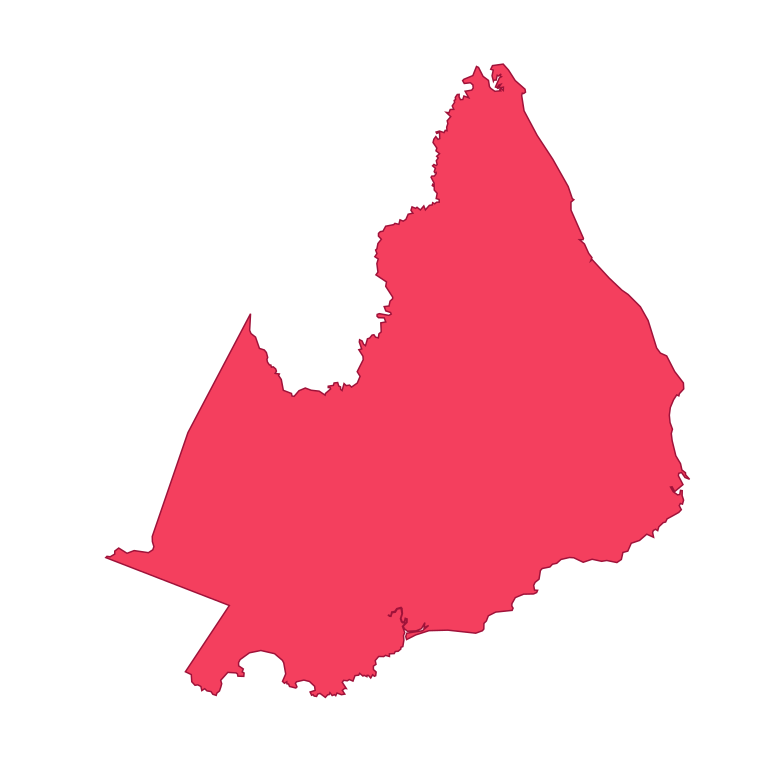 Pedasí, Los Santos, Panama (Natural Earth projection), rotated 353°
{"feature_id": "35544464B62202964850227", "entity_name": "Pedasí", "entity_type": "district", "adm_level": 2, "iso_a3": "PAN", "parent_name": "Panama", "parent_adm1": "Los Santos", "projection": "natural_earth1", "projection_center": [-80.113, 7.529], "detail": "fine", "context": "isolated", "style": "filled", "palette": "rose", "viewbox_px": 768, "rotation_deg": 353, "n_neighbors": 0, "source": "geoboundaries", "source_scale": "gbopen_adm2", "svg_char_len": 6140}
<svg xmlns="http://www.w3.org/2000/svg" viewBox="0 0 768 768"><g transform="rotate(353 384 384)"><path d="M291.0,382.1L283.3,378.0L282.6,367.0L280.4,362.7L281.3,361.3L277.3,360.2L278.8,358.1L278.3,355.8L276.2,353.5L274.3,353.5L274.0,351.4L272.6,351.1L271.0,348.0L270.8,345.3L271.8,343.5L271.1,338.4L269.3,335.6L264.7,333.5L262.2,321.8L258.1,317.7L257.2,314.3L260.1,298.0L183.5,408.3L135.4,507.1L134.9,512.2L135.8,517.4L134.3,520.4L129.6,522.7L115.7,518.9L108.3,520.7L100.7,514.5L96.4,517.0L96.0,520.0L91.2,522.1L88.0,521.3L86.7,522.4L203.5,585.0L151.8,645.4L157.3,648.9L156.9,656.1L159.7,660.0L162.5,659.9L165.4,661.9L165.8,666.1L168.9,664.6L170.9,667.0L174.8,668.2L176.3,671.1L179.5,672.6L180.4,670.5L183.3,668.6L185.1,664.9L186.4,661.7L185.8,658.2L193.8,651.2L201.9,652.7L203.2,653.8L203.4,656.2L209.2,657.1L209.9,653.8L208.2,652.5L209.6,649.7L205.4,646.0L205.7,642.8L207.6,640.0L217.7,634.4L229.3,633.5L242.5,638.3L249.5,645.9L250.5,648.6L251.1,659.8L247.0,666.8L248.7,668.9L251.2,667.7L251.1,669.7L252.7,670.2L253.4,672.7L259.4,675.0L260.7,674.0L259.6,670.2L260.9,668.9L268.4,668.1L273.8,670.2L278.3,675.6L278.3,679.7L273.1,680.7L274.2,684.1L275.8,683.7L276.6,685.2L279.0,685.9L280.4,683.7L282.8,683.3L287.6,687.9L290.2,685.6L291.7,685.6L292.7,683.8L294.6,686.9L297.0,686.3L298.1,687.5L299.7,685.0L303.9,687.2L307.3,687.0L305.3,683.0L307.9,681.3L309.5,681.7L306.2,675.0L307.8,673.2L311.4,674.1L313.5,673.1L317.0,675.1L319.7,669.9L323.4,669.9L324.6,668.2L327.5,671.3L328.7,670.7L331.4,672.4L331.8,671.1L333.1,671.4L335.0,674.2L337.3,671.2L338.8,672.9L340.2,672.5L341.1,668.9L338.7,666.1L339.1,662.7L341.9,661.3L341.6,657.4L345.5,653.8L350.5,654.5L352.4,653.5L356.2,655.1L356.5,652.5L361.3,652.8L362.6,650.9L365.5,651.0L368.4,649.1L368.7,647.4L370.7,646.9L372.5,640.7L372.7,636.1L374.3,633.2L372.8,626.8L377.3,622.9L377.8,620.5L376.8,619.8L374.8,623.4L373.2,623.2L372.3,622.0L371.7,619.0L373.8,614.3L373.6,608.7L369.7,609.0L367.4,611.9L364.1,612.0L362.6,615.5L361.2,615.2L359.7,613.7L362.6,614.9L363.9,611.2L366.9,611.1L369.3,608.5L373.7,607.8L374.5,608.9L374.3,614.2L372.3,618.6L372.9,622.2L375.1,622.7L376.5,619.1L378.3,620.0L377.8,623.4L373.5,626.8L374.4,629.4L377.2,632.3L385.9,632.9L391.4,631.4L395.5,625.8L394.1,630.7L398.9,629.1L392.0,633.6L376.3,634.1L374.8,637.3L375.3,640.4L385.0,636.9L398.6,634.3L417.4,636.1L444.7,642.5L451.6,640.9L453.2,639.4L454.0,633.8L456.7,631.7L459.3,626.8L467.1,624.0L483.6,624.3L484.8,622.2L483.8,620.0L484.2,617.6L488.3,612.0L496.9,609.6L506.9,610.6L510.1,609.6L511.3,607.5L508.3,606.9L508.0,602.1L509.8,599.3L514.1,596.6L516.5,588.2L518.6,586.4L526.4,585.8L529.2,583.4L533.6,583.0L538.3,579.7L546.9,578.8L551.2,579.6L560.0,585.2L569.2,583.3L578.4,586.5L583.6,586.3L593.4,589.6L598.2,587.1L600.6,580.3L605.6,579.6L610.0,572.2L618.6,570.4L626.5,565.1L632.9,569.0L632.5,564.1L633.5,562.2L635.8,561.3L637.8,562.9L639.4,559.2L644.3,555.6L646.7,555.3L648.5,552.4L660.9,547.4L663.8,545.0L662.2,540.7L663.6,538.7L665.6,539.6L667.2,535.8L666.3,531.0L667.0,526.2L665.3,525.7L664.1,529.7L661.9,529.8L657.9,526.1L655.8,521.2L657.4,521.1L659.4,526.2L668.5,520.3L665.0,511.0L665.6,508.6L668.5,508.1L671.4,513.5L675.7,515.8L672.3,510.9L672.4,508.8L669.2,505.6L668.6,499.2L664.9,490.8L663.1,475.4L663.1,468.2L664.8,464.0L663.2,457.1L663.4,449.7L665.3,442.3L669.5,434.9L673.2,430.5L675.2,431.7L676.0,429.6L680.9,425.4L681.3,419.4L674.0,407.0L668.0,390.6L662.1,387.0L659.0,381.5L653.9,353.2L647.9,338.6L637.3,325.0L631.6,319.9L620.4,306.3L605.8,286.0L604.2,287.0L605.8,283.9L603.1,279.3L600.0,269.4L595.6,264.6L599.1,265.0L599.7,263.8L590.8,234.2L591.7,226.3L594.9,224.2L593.5,223.0L590.9,210.5L578.9,181.4L566.3,155.9L556.3,129.9L555.8,114.5L556.7,112.2L558.0,112.7L560.0,111.6L559.9,108.6L551.2,98.8L545.8,87.5L541.3,81.0L530.5,81.2L528.3,84.6L530.7,85.8L528.8,91.2L529.5,96.8L530.1,95.8L532.4,96.0L534.0,91.4L535.1,92.2L538.1,90.5L536.5,92.3L538.0,93.3L535.8,94.3L530.8,102.8L532.4,103.7L534.2,101.4L536.5,100.8L533.6,104.3L538.7,103.9L538.2,107.1L536.3,105.0L534.7,106.1L535.5,107.2L529.7,107.0L526.0,103.6L524.9,101.6L524.7,95.4L519.8,90.7L516.4,81.3L514.5,80.1L509.8,88.7L500.4,91.3L499.0,92.5L500.3,95.5L506.5,95.5L508.7,98.0L508.6,101.1L506.9,103.0L500.2,103.3L503.0,110.2L498.4,107.9L496.9,111.2L494.5,111.1L493.5,108.1L493.9,105.7L492.0,105.6L489.7,108.2L489.7,110.4L488.2,111.1L488.4,113.1L485.6,116.3L486.7,119.9L483.2,119.6L481.5,122.7L478.9,122.0L482.8,126.8L478.8,130.4L479.1,133.4L477.5,136.7L477.4,140.3L475.7,139.7L474.2,141.8L469.9,139.7L466.4,140.3L466.9,141.7L469.8,141.0L469.2,147.2L467.4,147.8L465.6,144.7L463.3,147.1L462.1,150.3L465.2,156.3L464.0,158.9L467.2,162.2L464.0,164.4L465.4,166.2L463.1,168.8L463.5,172.7L462.3,173.5L460.3,172.2L458.8,173.4L461.3,176.2L459.7,179.3L460.2,180.5L461.5,180.3L461.5,181.5L459.4,183.7L456.7,183.5L455.9,184.6L458.2,190.7L458.0,192.5L456.8,191.6L456.1,192.9L457.9,194.4L457.5,197.6L460.0,201.3L458.4,206.3L461.2,207.6L461.0,210.2L458.3,210.0L456.3,211.3L454.4,210.0L453.7,212.1L450.8,212.2L446.3,216.2L445.2,212.1L441.3,215.7L438.3,212.6L436.8,213.5L433.4,211.6L431.9,214.9L433.5,218.0L428.7,218.4L425.8,223.3L422.9,224.7L419.9,223.0L418.2,227.3L414.4,225.9L413.0,227.0L404.9,227.6L401.6,232.2L398.9,232.3L396.9,233.8L396.5,236.5L399.0,240.0L395.1,243.8L393.4,249.0L392.0,250.0L392.9,253.7L390.4,256.5L393.5,259.2L391.6,263.6L391.6,272.2L389.3,274.7L398.9,283.0L397.6,287.3L403.2,298.8L402.9,300.5L400.1,302.5L398.5,307.2L393.6,307.2L394.7,311.7L399.2,313.8L399.7,315.5L397.2,316.5L387.9,313.6L385.7,314.1L385.3,315.8L386.6,317.5L392.3,318.4L393.3,322.6L388.3,322.9L387.6,331.9L385.1,333.6L384.0,337.5L381.3,336.5L380.0,333.9L378.1,334.0L375.3,336.7L373.1,337.1L370.3,343.7L368.6,342.1L367.5,338.6L365.2,337.1L364.6,339.3L366.1,346.5L363.2,346.9L366.5,353.9L366.3,357.4L358.9,368.5L361.2,373.5L357.6,379.8L351.4,383.1L349.6,380.9L346.3,381.0L344.4,378.7L341.6,385.4L340.3,384.1L340.5,381.6L338.8,380.4L338.2,376.9L334.6,376.9L333.6,379.2L328.4,379.4L328.2,380.7L330.1,381.1L330.4,382.4L324.8,386.2L324.2,387.9L318.8,383.2L310.9,381.3L305.4,378.4L298.8,380.3L293.3,385.3L291.2,384.7L291.0,382.1Z" fill="#f43f5e" stroke="#9f1239" stroke-width="1.5"/></g></svg>